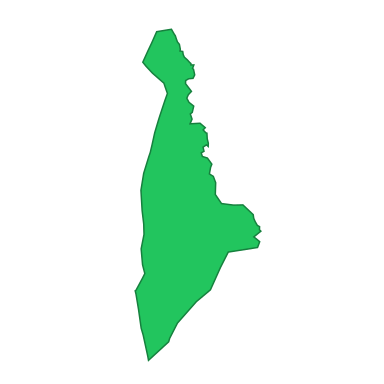 the district of Kaminaria, Limassol, Cyprus, rotated 355°
{"feature_id": "46923920B39379089198364", "entity_name": "Kaminaria", "entity_type": "district", "adm_level": 2, "iso_a3": "CYP", "parent_name": "Cyprus", "parent_adm1": "Limassol", "projection": "natural_earth1", "projection_center": [32.783, 34.924], "detail": "fine", "context": "isolated", "style": "filled", "palette": "green", "viewbox_px": 384, "rotation_deg": 355, "n_neighbors": 0, "source": "geoboundaries", "source_scale": "gbopen_adm2", "svg_char_len": 1537}
<svg xmlns="http://www.w3.org/2000/svg" viewBox="0 0 384 384"><g transform="rotate(355 192 192)"><path d="M126.8,285.5L127.3,288.7L128.5,304.3L129.5,323.2L130.9,330.3L133.6,351.5L134.0,355.9L155.7,339.2L157.0,335.8L166.1,321.3L186.9,301.5L201.8,291.1L213.8,269.6L222.9,255.0L252.4,253.0L252.8,252.3L254.5,248.7L255.1,247.4L249.7,242.1L257.2,237.0L255.9,235.5L256.3,232.4L254.2,231.0L252.3,226.9L251.2,223.6L251.0,219.9L241.6,209.3L232.4,208.7L220.4,206.1L215.0,196.5L216.4,184.8L214.6,178.3L210.9,175.5L212.7,169.0L214.2,166.0L210.3,159.5L205.4,157.5L204.6,153.8L207.5,152.5L206.9,148.3L210.5,146.3L212.1,148.0L212.5,144.8L211.8,140.3L212.0,134.7L211.0,134.3L208.5,131.1L210.8,129.1L206.0,124.2L196.0,123.9L198.4,119.4L197.1,114.1L199.2,112.7L201.2,106.6L196.8,102.4L195.0,98.1L196.8,94.8L200.2,91.7L195.0,83.5L195.4,80.4L198.6,78.9L200.6,78.9L202.9,78.9L204.9,75.6L204.2,69.9L203.3,69.0L204.9,65.6L202.0,65.3L202.1,63.9L201.0,62.8L198.9,60.0L196.1,57.0L195.2,54.3L195.0,51.2L192.3,50.5L192.8,48.8L192.3,43.8L190.6,41.3L189.8,38.4L189.0,34.9L188.0,33.1L185.7,28.1L170.8,29.2L164.9,39.9L160.5,47.4L154.3,58.4L157.0,62.5L163.0,70.2L172.4,80.0L173.5,81.1L174.3,84.6L176.1,91.7L172.9,98.7L166.6,113.3L164.9,117.4L160.7,128.0L160.0,129.8L156.2,141.9L154.7,146.4L153.9,148.9L152.0,153.2L145.5,169.2L141.3,185.8L140.7,206.1L141.1,219.2L141.1,219.4L141.1,220.1L140.5,230.0L136.4,244.2L136.4,260.2L137.9,269.1L135.0,273.8L131.2,279.6L127.5,285.2L127.3,285.3L127.2,285.4L126.8,285.5Z" fill="#22c55e" stroke="#15803d" stroke-width="1.5"/></g></svg>